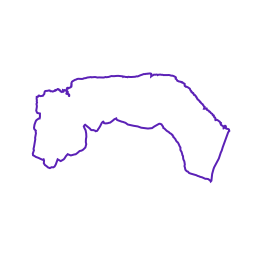 West Tanna, Tafea, Vanuatu, rotated 110°
{"feature_id": "77236927B19394632379581", "entity_name": "West Tanna", "entity_type": "district", "adm_level": 2, "iso_a3": "VUT", "parent_name": "Vanuatu", "parent_adm1": "Tafea", "projection": "orthographic", "projection_center": [169.261, -19.471], "detail": "fine", "context": "isolated", "style": "outline", "palette": "violet", "viewbox_px": 256, "rotation_deg": 110, "n_neighbors": 0, "source": "geoboundaries", "source_scale": "gbopen_adm2", "svg_char_len": 5722}
<svg xmlns="http://www.w3.org/2000/svg" viewBox="0 0 256 256"><g transform="rotate(110 128 128)"><path d="M148.5,58.1L148.5,56.8L149.4,55.2L149.4,53.5L149.0,47.6L149.2,46.1L149.1,44.9L149.2,43.6L149.0,41.5L149.3,38.0L148.9,36.9L148.6,35.4L148.6,34.8L149.0,33.9L149.1,33.0L150.0,32.0L149.0,31.6L142.4,33.2L137.5,33.6L135.5,33.6L125.6,32.2L119.3,32.4L117.2,32.2L113.7,32.4L97.7,32.4L96.1,31.8L95.7,32.3L95.0,32.5L94.8,32.8L94.7,33.6L95.0,35.3L94.9,35.8L94.5,36.1L93.5,36.3L93.1,36.6L92.7,37.0L92.7,37.6L93.0,37.8L93.4,37.7L93.7,38.0L94.8,37.8L95.3,37.8L95.6,38.1L95.3,38.3L94.6,38.3L94.3,38.5L93.9,39.1L93.6,39.7L93.5,40.8L93.2,41.7L92.9,42.0L92.4,42.0L92.2,42.6L92.0,42.8L91.8,42.8L91.5,42.6L91.4,42.6L91.4,43.2L90.7,43.9L90.6,44.6L90.2,45.6L89.9,47.2L90.0,47.6L90.5,48.1L90.7,48.5L90.4,48.8L89.5,48.9L88.8,49.4L88.4,49.8L88.5,50.4L87.8,51.3L86.9,51.6L86.8,51.8L86.8,52.1L87.0,52.4L86.9,52.8L86.5,53.0L85.9,53.7L85.7,55.0L85.2,55.7L85.0,56.3L84.7,56.6L84.8,57.3L84.1,58.1L84.0,59.8L83.8,60.2L83.5,60.5L82.8,60.7L82.8,60.9L83.2,61.1L83.2,62.3L83.7,62.6L83.9,63.2L83.6,63.2L83.2,63.0L82.1,63.1L82.1,63.6L81.9,63.9L80.9,64.9L80.7,65.5L80.2,65.9L79.7,67.6L78.9,68.6L78.9,69.2L78.5,69.4L78.4,69.8L78.1,70.1L77.9,70.8L77.6,71.1L77.3,72.5L76.6,72.9L76.4,73.5L76.2,73.7L75.8,73.9L75.7,74.3L75.3,74.6L75.2,75.1L74.7,75.4L74.5,76.0L74.2,76.3L74.3,77.4L73.2,78.2L73.2,78.8L72.8,79.0L72.9,79.6L72.4,80.1L72.4,80.8L71.6,81.3L71.5,81.8L71.4,82.0L69.9,83.4L69.3,85.7L69.2,87.1L69.5,87.5L69.1,88.2L69.2,88.7L69.1,89.0L68.9,89.2L68.5,89.3L68.1,89.6L67.3,89.7L67.1,89.9L66.8,91.9L66.4,92.5L66.4,93.0L66.8,93.0L66.8,93.3L66.6,94.4L66.6,95.0L66.9,95.9L66.7,96.4L66.8,97.1L66.7,97.9L66.0,98.6L65.6,99.4L65.4,100.1L65.1,100.2L64.3,100.2L64.1,100.3L63.8,101.1L63.8,101.7L63.6,102.6L63.6,104.1L64.0,105.3L64.1,107.1L64.2,107.6L66.1,112.6L66.2,113.8L66.6,114.8L66.8,116.1L67.6,117.7L68.1,118.2L67.9,118.4L67.9,118.8L68.1,119.7L68.6,120.5L69.0,121.9L69.7,122.4L70.8,123.4L71.6,123.9L70.1,124.3L69.2,124.6L69.1,124.8L69.1,125.2L69.5,125.3L69.3,125.9L69.3,126.2L69.7,127.1L69.9,127.3L70.3,128.3L70.6,128.6L70.9,129.6L71.4,130.2L71.9,131.6L72.3,132.1L72.7,132.5L74.3,134.5L76.2,136.5L76.5,137.6L77.4,138.8L78.9,142.2L79.4,143.5L79.7,145.0L79.9,145.4L80.4,145.7L80.5,146.7L80.8,147.4L81.1,149.6L81.3,149.9L81.6,150.1L81.3,150.4L81.3,150.8L82.3,154.8L82.9,156.4L84.1,158.9L84.9,161.4L86.6,163.6L87.6,165.5L87.8,166.6L88.5,167.5L89.0,168.4L90.3,172.4L91.0,173.9L91.3,176.1L91.7,177.2L92.4,178.6L92.7,179.5L92.9,179.7L92.9,180.4L94.5,183.5L95.5,184.7L96.4,186.4L97.2,187.2L97.7,188.1L98.8,191.7L99.6,192.8L100.4,193.5L100.9,194.3L103.2,196.2L103.9,196.5L105.3,196.5L105.4,196.3L106.1,196.2L106.5,195.8L106.8,195.7L107.0,195.9L107.2,196.0L107.6,195.8L108.1,195.4L108.6,195.4L108.8,195.8L109.4,195.9L110.1,196.6L110.4,197.0L111.0,197.5L110.7,197.8L110.7,198.0L110.8,198.4L111.3,198.9L111.8,198.8L112.4,198.9L112.8,198.6L113.6,198.5L114.8,196.8L115.3,196.8L116.0,197.3L116.4,197.3L116.5,197.2L116.5,196.9L116.3,196.0L116.7,194.8L116.9,194.6L117.3,194.4L118.1,194.2L118.8,194.2L117.4,194.7L117.0,195.0L116.9,195.3L116.9,195.7L116.7,196.4L116.9,197.5L116.7,197.7L116.3,197.7L115.8,197.5L115.5,197.3L115.1,197.4L114.6,198.0L114.3,198.5L114.0,200.3L114.7,201.7L114.6,201.8L114.6,202.0L115.2,201.7L114.7,201.2L115.0,201.1L115.6,201.0L116.0,201.1L116.2,201.5L116.4,202.1L116.8,202.5L116.6,203.1L116.7,203.7L116.3,204.0L116.3,204.4L116.0,204.5L115.7,205.1L115.6,205.5L115.8,205.8L115.4,206.2L115.3,207.0L115.5,207.5L117.0,208.3L117.1,209.1L117.6,209.1L118.1,209.3L118.2,209.5L118.0,209.8L118.5,210.1L119.2,210.8L119.5,211.2L119.5,212.3L119.9,213.1L120.0,213.4L119.9,213.8L119.5,214.3L119.6,214.8L119.9,215.4L120.4,216.0L121.5,218.3L121.8,218.5L122.7,218.7L124.7,218.3L125.7,218.8L126.5,218.8L126.9,219.1L128.0,221.2L128.1,222.0L127.9,222.5L128.0,222.9L128.3,223.2L129.4,223.3L129.8,223.8L130.0,224.4L132.0,223.8L132.9,223.2L134.4,222.8L135.1,222.2L136.8,222.2L137.8,221.5L139.2,220.9L143.0,220.2L144.0,219.4L144.9,218.3L144.5,215.7L147.8,214.5L149.3,214.3L149.6,215.1L151.9,216.7L153.1,217.0L156.8,217.0L158.4,216.7L159.9,216.4L160.6,216.0L161.2,215.5L162.0,213.7L163.1,213.5L164.4,212.7L169.1,211.9L170.2,211.3L177.8,209.9L180.1,209.6L181.0,208.8L184.6,208.7L186.1,207.9L186.3,206.3L186.7,204.7L186.7,201.8L186.9,200.1L187.1,197.4L186.3,196.6L187.2,195.8L190.0,195.0L191.2,193.4L191.7,191.5L192.4,189.7L192.4,187.7L191.0,186.4L190.5,184.7L189.3,183.8L187.0,183.4L181.5,183.4L182.1,179.9L179.6,177.8L178.5,177.3L175.7,176.7L173.2,175.7L173.3,174.8L173.3,172.3L171.1,169.2L170.6,168.2L168.8,167.0L166.2,165.6L165.1,163.9L163.8,162.8L160.9,161.4L157.5,161.7L155.7,162.8L152.9,163.7L150.6,164.1L147.5,165.4L144.7,167.0L143.1,168.8L141.6,170.1L140.0,169.7L139.6,169.4L141.6,163.5L141.8,163.1L142.2,162.8L142.4,162.3L142.4,161.2L141.8,159.9L141.8,157.9L142.1,157.3L141.3,156.1L140.1,155.7L139.5,155.7L138.3,155.3L135.9,154.8L132.3,154.4L131.0,153.9L130.5,153.5L130.7,153.0L131.6,152.2L131.4,150.7L131.2,150.2L131.0,149.9L130.5,148.8L129.6,147.6L129.4,147.2L129.0,146.6L126.4,144.9L124.4,143.8L123.0,142.3L123.8,141.7L124.2,140.9L124.2,136.0L124.0,134.9L124.0,132.1L124.8,129.4L124.0,123.5L123.2,119.4L123.2,115.7L121.7,109.1L119.9,105.4L117.6,103.8L113.5,100.3L113.1,99.5L113.1,97.8L114.2,96.4L114.6,95.6L115.9,94.8L116.0,93.7L117.2,91.1L117.6,89.9L117.8,88.4L118.5,87.0L118.6,86.0L119.3,83.9L119.7,83.8L120.3,82.6L121.0,82.3L121.1,81.8L121.5,81.0L121.9,80.5L122.3,79.6L123.4,78.6L124.3,77.1L124.4,76.5L125.2,75.4L127.7,73.0L128.3,72.1L130.6,71.3L131.4,70.5L131.9,69.7L133.6,68.4L134.9,67.6L135.6,66.7L137.4,65.9L138.3,65.4L139.2,64.6L139.9,63.8L140.7,63.3L142.9,62.1L144.5,61.9L145.5,61.1L147.6,59.8L148.5,58.1Z" fill="none" stroke="#5b21b6" stroke-width="2"/></g></svg>